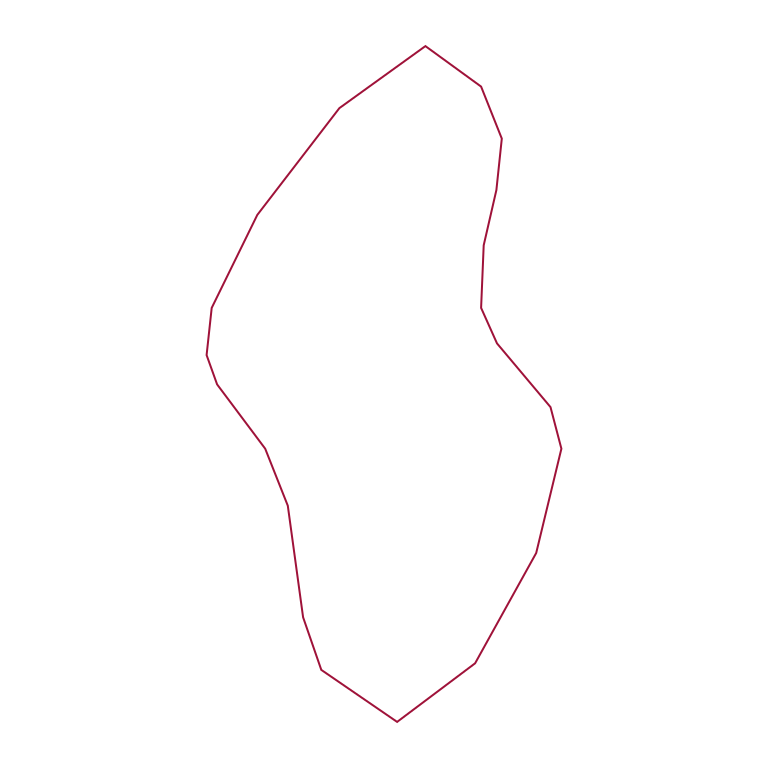 an SVG outline of Tinian
{"feature_id": "MNP-4938", "entity_name": "Tinian", "entity_type": "state/province", "adm_level": 1, "iso_a3": "MNP", "parent_name": "Northern Mariana Islands", "parent_adm1": "", "projection": "mercator", "projection_center": [145.626, 14.999], "detail": "fine", "context": "isolated", "style": "outline", "palette": "rose", "viewbox_px": 768, "rotation_deg": 0, "n_neighbors": 0, "source": "natural_earth", "source_scale": "10m", "svg_char_len": 388}
<svg xmlns="http://www.w3.org/2000/svg" viewBox="0 0 768 768"><path d="M481.1,86.6L501.8,138.6L496.4,190.0L483.7,245.3L481.1,307.9L497.0,343.4L550.5,407.1L561.4,448.7L536.2,553.0L475.1,663.3L397.1,721.9L321.3,669.9L303.1,617.3L287.8,505.7L265.2,448.7L217.1,384.4L206.6,355.1L211.7,307.9L257.3,214.9L339.4,108.1L425.4,46.1L481.1,86.6Z" fill="none" stroke="#9f1239" stroke-width="2"/></svg>